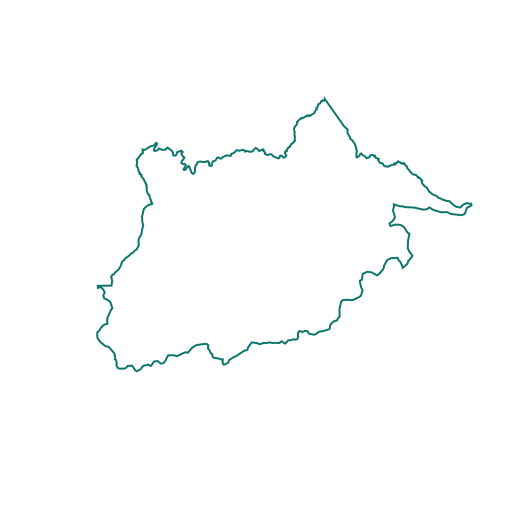 outline of Mufulira, Copperbelt, Zambia, rotated 123°
{"feature_id": "96606910B37180348733704", "entity_name": "Mufulira", "entity_type": "district", "adm_level": 2, "iso_a3": "ZMB", "parent_name": "Zambia", "parent_adm1": "Copperbelt", "projection": "mercator", "projection_center": [28.196, -12.561], "detail": "fine", "context": "isolated", "style": "outline", "palette": "teal", "viewbox_px": 512, "rotation_deg": 123, "n_neighbors": 0, "source": "geoboundaries", "source_scale": "gbopen_adm2", "svg_char_len": 6115}
<svg xmlns="http://www.w3.org/2000/svg" viewBox="0 0 512 512"><g transform="rotate(123 256 256)"><path d="M107.7,206.0L108.5,209.0L107.2,210.7L108.0,211.2L107.5,211.9L108.3,214.0L109.0,214.7L110.2,215.0L111.3,214.6L113.8,216.5L113.2,218.1L113.3,221.4L112.8,223.7L113.3,224.1L115.9,223.9L118.2,225.0L118.3,225.7L114.4,228.2L113.3,228.4L109.0,233.0L107.5,235.7L106.5,238.6L106.4,240.6L105.0,242.2L103.3,245.9L100.6,248.0L100.0,248.0L99.3,252.6L86.8,283.9L87.7,283.4L88.6,283.5L89.0,284.7L89.8,284.7L90.5,285.6L93.0,285.3L94.8,286.4L95.5,286.3L95.9,285.8L97.8,285.6L98.7,286.1L99.7,284.9L100.5,285.5L104.0,285.0L105.2,285.2L107.3,286.5L108.7,286.8L109.4,287.4L109.1,288.0L109.8,288.4L110.2,289.3L110.7,289.3L110.8,290.0L114.4,291.5L114.7,292.4L115.3,292.4L116.1,293.5L116.7,293.2L118.0,293.9L121.2,294.6L121.6,294.0L124.3,293.4L125.7,293.8L128.1,293.6L130.2,292.2L130.6,291.3L134.2,289.3L134.3,288.6L137.5,286.9L137.9,286.1L141.4,286.6L143.1,287.5L144.3,287.2L145.7,287.6L146.1,287.1L148.1,288.1L148.8,287.8L150.4,288.1L150.8,287.7L150.9,288.1L151.4,288.0L151.8,287.5L153.3,288.3L154.1,287.6L155.4,285.2L157.8,285.6L158.5,286.4L157.9,288.5L158.3,290.0L159.0,290.5L160.6,289.9L162.0,290.3L163.0,295.5L162.3,298.4L163.1,299.8L165.2,301.5L165.5,304.0L164.1,305.0L163.9,307.0L162.7,307.5L162.6,308.1L166.3,310.6L165.5,312.9L165.5,315.1L167.7,315.7L170.0,315.7L171.9,317.7L172.9,321.0L174.4,322.1L173.7,322.9L174.4,325.3L176.8,327.3L177.8,329.8L181.3,330.6L183.7,332.2L185.8,331.7L187.2,334.8L188.5,336.1L190.9,337.6L193.3,338.2L193.8,339.4L193.7,341.0L194.8,342.2L198.1,342.0L199.8,343.6L202.5,343.4L204.3,342.3L204.8,342.6L205.6,344.4L203.3,346.3L202.6,348.2L204.5,349.5L206.2,351.9L207.2,354.3L208.5,355.7L209.4,356.0L211.2,355.5L211.9,355.9L214.3,355.6L218.7,353.0L221.0,353.2L221.5,353.7L221.3,355.2L217.5,360.5L217.3,361.7L222.3,362.3L223.1,363.2L222.8,364.0L218.1,364.3L217.5,365.8L218.5,366.8L218.8,369.1L217.0,369.9L212.6,369.5L212.0,372.4L211.0,374.1L210.1,374.6L209.4,374.1L208.8,374.1L208.7,375.4L208.3,375.9L211.8,378.6L214.7,377.9L216.4,378.9L216.5,380.5L214.7,381.7L213.6,383.8L213.3,389.1L213.5,389.5L215.3,389.6L216.7,390.4L218.1,392.6L218.8,396.1L220.6,396.0L222.5,397.4L223.2,398.6L222.4,399.6L220.8,400.0L217.3,399.7L215.7,400.3L215.4,401.2L216.5,401.7L218.0,401.1L221.4,404.2L228.0,407.3L228.5,409.1L231.0,406.9L232.8,407.8L235.6,408.1L236.2,407.8L237.8,408.2L238.6,408.0L239.9,408.6L240.6,407.8L241.3,407.8L241.7,406.9L245.6,405.2L246.0,404.8L245.9,403.8L249.4,399.7L249.5,398.7L250.1,398.7L250.7,398.1L250.3,396.4L250.5,395.9L251.4,395.9L252.8,392.0L254.9,388.7L255.3,387.3L255.7,386.7L256.4,386.8L258.0,384.8L259.8,384.0L261.8,381.9L263.1,379.8L263.0,378.5L265.3,376.3L266.6,374.1L267.5,373.8L268.2,371.7L269.5,371.6L270.2,372.7L272.8,374.5L277.5,375.7L285.1,373.0L289.1,370.1L291.8,367.2L296.5,365.7L299.9,364.0L305.5,363.7L308.9,361.8L310.8,360.1L315.6,359.7L318.1,360.8L320.2,360.9L321.8,362.1L324.6,362.5L329.6,364.5L331.1,364.2L332.9,365.1L336.1,364.7L337.3,364.0L343.0,364.0L346.3,365.2L348.6,365.2L350.1,366.2L351.7,366.3L352.9,365.8L353.0,365.0L354.5,364.0L354.9,363.2L359.6,361.1L367.2,372.5L368.8,371.3L366.8,369.4L366.8,367.7L367.5,365.5L369.0,363.0L372.3,362.5L374.3,360.2L373.7,357.9L373.8,353.3L378.1,347.9L379.9,348.3L388.3,347.0L391.2,345.8L393.6,343.7L396.3,345.9L398.2,346.6L401.0,347.0L404.1,346.8L406.6,347.5L410.4,345.0L411.5,343.5L413.0,339.3L413.6,333.4L412.4,330.0L414.9,321.6L417.5,319.1L419.5,318.0L419.4,316.8L421.1,314.9L424.1,313.2L425.2,310.5L424.6,308.7L422.3,305.4L421.2,304.3L417.9,303.6L415.5,300.0L417.8,294.6L417.6,293.2L413.8,291.1L409.6,290.8L405.8,287.2L405.7,284.7L405.3,284.2L400.7,284.1L399.4,283.5L397.7,281.1L398.1,277.8L397.8,276.7L396.6,275.7L395.6,275.1L393.1,275.0L387.3,275.6L386.8,275.2L383.9,270.6L383.2,267.8L376.0,263.4L374.9,262.3L374.1,260.4L368.1,259.7L364.3,258.1L362.9,257.2L357.3,250.7L356.6,248.8L356.8,247.5L359.6,246.0L360.3,243.7L362.1,241.3L362.1,239.5L362.9,239.0L364.5,236.5L362.1,230.9L361.5,227.9L360.9,227.5L363.9,225.7L364.7,223.8L363.3,222.6L360.5,221.3L358.0,221.9L352.7,219.5L350.4,218.0L342.1,214.4L339.5,212.1L336.6,212.9L330.8,212.5L328.4,207.6L328.1,204.9L324.6,202.1L322.8,199.2L320.9,197.4L320.1,194.8L318.6,193.0L316.4,189.2L313.5,188.0L313.6,183.8L309.4,183.1L308.8,182.7L307.4,180.6L305.6,179.4L304.8,177.6L303.7,176.3L301.9,176.2L297.5,178.9L295.5,178.8L294.9,177.8L294.5,175.7L292.0,174.1L291.0,171.6L292.3,169.5L290.5,164.7L289.4,163.5L284.9,161.8L283.2,159.6L277.5,154.7L276.3,154.8L274.0,155.9L272.2,156.2L268.4,155.1L265.7,153.0L263.3,153.2L261.2,152.8L255.1,157.1L247.6,159.8L245.4,158.9L242.2,154.3L241.2,152.0L239.5,150.3L234.6,147.3L232.0,146.3L226.5,148.1L225.1,150.7L220.6,155.3L219.8,155.3L218.2,154.3L212.9,156.7L208.7,154.2L206.8,150.3L206.3,143.9L205.9,143.6L203.6,142.9L198.2,142.2L195.9,142.6L194.7,143.3L188.2,143.8L184.3,141.6L180.4,136.2L181.6,134.5L182.5,131.3L185.9,126.4L180.4,124.9L178.3,125.1L177.3,125.6L171.4,124.7L170.4,125.1L169.0,129.4L166.9,132.9L160.5,136.8L153.8,139.4L153.6,139.8L154.0,141.3L151.2,147.5L151.1,151.5L153.6,156.0L157.6,159.6L156.9,160.8L155.9,161.8L153.2,160.7L149.0,160.2L147.2,161.2L143.0,166.1L139.4,167.2L137.6,168.5L136.1,162.8L134.4,159.8L134.0,157.9L129.2,149.7L125.9,140.7L123.8,138.2L120.9,137.1L120.8,132.6L118.9,125.9L118.2,124.1L115.0,119.4L114.6,115.5L109.9,105.9L107.4,104.0L106.1,104.0L100.8,105.3L96.2,102.9L95.0,104.0L97.2,108.4L99.3,109.7L101.5,110.6L103.4,110.7L104.2,111.3L105.5,114.3L105.7,117.6L104.7,123.7L106.3,126.7L106.3,128.0L107.1,129.7L107.1,132.0L107.9,134.9L107.2,137.5L107.8,139.4L108.1,142.9L107.6,144.2L107.9,145.5L105.4,150.3L105.7,152.4L104.8,155.7L104.2,156.7L103.0,157.2L102.9,157.8L102.1,157.9L102.3,159.0L101.4,160.5L102.0,162.7L101.4,162.9L101.6,163.7L101.0,165.1L101.0,166.2L102.0,168.7L101.5,172.4L100.4,174.9L100.0,176.9L98.8,177.8L98.4,180.6L97.4,182.1L98.0,183.0L98.7,183.0L98.5,184.2L99.3,184.7L99.0,185.9L99.3,188.5L101.7,188.8L102.9,190.2L103.4,189.2L106.0,192.0L109.3,193.9L109.7,195.5L110.4,196.1L110.5,198.1L109.4,200.0L110.4,203.2L109.0,205.8L107.7,206.0Z" fill="none" stroke="#0f766e" stroke-width="2"/></g></svg>